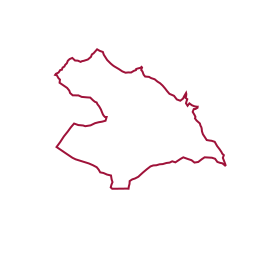 Pelendri, Limassol, Cyprus, rotated 321°
{"feature_id": "46923920B35219833977838", "entity_name": "Pelendri", "entity_type": "district", "adm_level": 2, "iso_a3": "CYP", "parent_name": "Cyprus", "parent_adm1": "Limassol", "projection": "orthographic", "projection_center": [32.957, 34.891], "detail": "fine", "context": "isolated", "style": "outline", "palette": "rose", "viewbox_px": 256, "rotation_deg": 321, "n_neighbors": 0, "source": "geoboundaries", "source_scale": "gbopen_adm2", "svg_char_len": 2430}
<svg xmlns="http://www.w3.org/2000/svg" viewBox="0 0 256 256"><g transform="rotate(321 128 128)"><path d="M88.9,90.6L84.0,91.5L78.7,92.9L72.8,94.2L66.3,96.3L60.5,97.8L64.0,109.4L66.1,116.2L67.6,119.4L75.2,130.8L77.3,134.8L79.0,138.8L79.0,141.9L78.5,145.0L80.6,147.5L82.4,151.0L84.9,154.2L82.9,157.7L81.9,160.3L79.4,161.7L77.2,163.3L77.4,164.5L77.5,165.3L89.0,174.4L90.1,175.4L90.2,175.5L91.8,174.0L94.0,172.4L95.9,170.3L99.0,170.6L101.5,171.6L105.3,172.4L108.1,172.2L111.5,172.0L116.4,171.9L121.3,172.0L124.1,173.0L126.6,174.8L129.7,176.1L132.3,177.9L135.9,179.4L138.6,181.1L141.4,181.7L143.2,184.5L149.4,185.1L152.5,185.6L155.1,189.9L157.1,193.0L157.9,196.7L161.2,198.6L165.8,198.7L169.1,199.0L171.4,201.1L174.5,203.9L176.3,206.7L176.1,210.6L177.6,213.0L179.1,214.8L179.7,217.7L179.8,218.3L180.4,218.3L180.8,217.4L181.7,214.7L182.4,212.5L182.9,210.9L185.4,209.4L185.1,207.3L185.5,205.5L185.8,202.3L185.9,198.1L186.4,195.1L186.7,193.3L184.9,190.5L183.7,189.3L181.6,186.9L181.9,184.0L182.3,180.0L183.4,177.1L184.9,174.8L185.5,173.5L185.8,171.8L186.7,169.7L186.0,165.4L186.1,162.7L187.4,161.8L187.9,159.7L188.4,156.2L191.0,154.7L192.5,155.7L194.8,156.0L195.5,155.3L195.2,155.1L193.4,153.1L192.0,150.6L191.2,147.5L188.3,148.2L188.6,145.3L190.1,144.2L192.2,142.9L191.7,140.8L193.1,139.9L194.7,138.3L195.2,137.3L191.5,138.7L189.2,139.8L185.8,139.7L183.9,136.5L184.0,131.9L181.7,127.5L181.6,123.8L181.7,120.7L181.6,116.8L181.1,113.4L180.1,110.5L179.4,106.9L177.4,103.8L176.5,101.5L173.7,98.8L173.7,96.4L174.8,93.2L174.8,91.2L177.0,89.8L176.9,89.0L175.8,89.2L173.5,88.1L171.5,87.3L170.6,88.0L168.6,87.3L165.3,86.8L163.1,84.9L160.9,83.5L159.2,80.4L158.0,76.5L156.1,71.4L155.6,69.6L155.1,66.9L154.6,62.0L155.3,55.8L156.3,53.1L154.6,50.3L153.5,47.4L148.2,48.3L146.2,48.1L144.0,49.4L139.9,49.5L136.0,48.0L134.3,47.1L132.8,46.8L131.4,44.1L129.3,42.2L128.8,38.5L126.0,37.7L123.5,37.9L122.3,38.6L121.2,39.2L118.9,39.4L117.2,40.2L115.2,39.9L113.2,41.1L111.9,40.3L110.6,40.7L108.8,41.2L106.1,40.5L104.8,40.9L105.1,41.3L106.0,41.3L105.7,43.2L105.3,45.6L105.6,47.5L103.3,49.8L105.9,58.5L105.9,62.0L105.0,64.4L105.6,67.8L110.0,71.5L111.6,74.7L115.2,78.2L117.8,80.6L118.3,84.7L118.8,86.9L119.7,88.4L119.2,90.5L119.2,93.0L118.6,96.6L117.8,99.1L117.1,101.5L116.9,102.9L117.0,104.9L118.3,106.0L115.1,108.2L111.9,106.8L108.9,105.1L105.4,103.5L100.6,102.4L95.9,99.7L94.7,97.8L91.2,94.4L88.9,90.6Z" fill="none" stroke="#9f1239" stroke-width="2"/></g></svg>